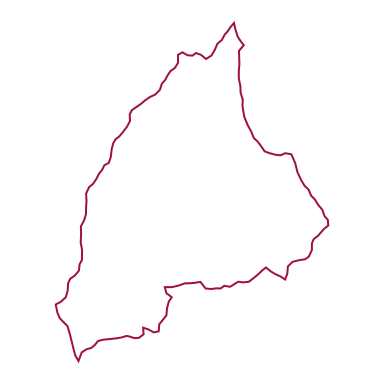 outline of Rio Acima, Minas Gerais, Brazil
{"feature_id": "56859067B29785661724315", "entity_name": "Rio Acima", "entity_type": "district", "adm_level": 2, "iso_a3": "BRA", "parent_name": "Brazil", "parent_adm1": "Minas Gerais", "projection": "equal_earth", "projection_center": [-43.772, -20.098], "detail": "fine", "context": "isolated", "style": "outline", "palette": "rose", "viewbox_px": 384, "rotation_deg": 0, "n_neighbors": 0, "source": "geoboundaries", "source_scale": "gbopen_adm2", "svg_char_len": 2129}
<svg xmlns="http://www.w3.org/2000/svg" viewBox="0 0 384 384"><path d="M234.0,23.0L230.4,27.2L227.8,31.2L224.8,34.4L221.9,39.9L217.4,43.8L214.7,50.0L211.5,55.5L206.0,59.0L201.1,54.9L196.0,53.0L192.5,55.6L187.7,55.3L182.3,52.3L178.0,54.9L178.1,62.6L175.0,67.8L170.3,71.3L167.4,75.7L165.1,80.1L161.9,83.6L159.9,89.8L155.2,94.6L149.9,97.0L145.3,100.2L140.4,104.3L136.3,107.1L131.9,110.1L129.7,114.5L130.0,121.0L127.1,126.5L122.7,132.4L119.2,136.5L115.6,139.2L113.2,143.3L111.7,149.3L110.7,157.3L108.7,163.0L104.4,165.2L102.0,170.1L99.0,173.7L96.1,179.4L92.9,184.0L89.1,187.1L86.1,193.6L86.5,201.4L86.1,206.9L86.0,214.0L84.1,220.4L80.9,226.3L81.1,234.3L80.7,242.5L82.1,250.0L81.9,260.1L79.5,264.5L79.0,270.5L75.0,275.4L70.1,278.9L68.1,283.3L67.7,290.6L65.8,297.2L60.7,301.9L55.7,304.5L57.5,313.0L59.8,318.2L62.8,321.4L67.5,326.1L69.9,334.3L71.9,342.2L73.4,348.4L75.2,355.3L78.5,361.0L81.7,352.4L86.4,349.3L91.2,348.0L94.9,344.9L97.9,341.1L102.4,339.8L108.3,339.2L115.8,338.4L121.9,337.4L126.6,335.9L130.2,336.7L134.1,338.1L138.8,337.9L143.6,334.3L143.1,327.7L148.4,329.4L153.8,332.4L158.7,331.3L159.3,324.2L162.9,319.8L166.4,315.3L167.1,307.8L168.8,301.6L171.7,297.2L166.4,293.2L164.8,287.1L172.1,287.1L178.8,285.5L184.9,283.3L188.7,283.3L193.7,283.0L200.4,281.9L205.6,288.5L211.3,289.0L216.6,288.3L220.5,288.5L224.3,285.8L230.0,286.8L234.8,283.8L238.3,281.7L243.0,282.4L248.9,281.7L253.6,278.1L258.3,274.2L261.9,270.7L265.9,267.5L270.7,271.3L275.1,274.0L280.6,276.5L285.1,279.5L287.3,273.7L287.9,266.4L292.6,261.8L297.3,260.6L301.2,259.8L305.0,259.3L308.7,256.8L311.9,250.0L311.9,243.4L313.7,239.1L318.0,235.8L323.9,229.0L328.3,225.5L327.8,219.8L324.7,216.4L322.2,209.6L318.0,204.7L314.8,199.3L311.2,195.8L308.5,189.5L304.8,186.1L301.1,180.0L297.5,172.3L295.2,163.1L291.4,154.3L285.3,153.2L280.4,155.3L275.7,154.8L269.6,153.2L264.6,151.3L261.1,146.2L257.8,141.7L253.8,138.0L251.3,131.7L247.7,125.1L244.4,117.2L243.1,110.3L242.4,105.1L242.8,99.7L240.6,92.7L240.4,86.1L238.8,78.4L238.8,71.1L239.4,63.8L239.2,57.9L239.0,50.8L243.8,45.2L240.4,40.8L237.7,36.7L235.3,29.0L234.0,23.0Z" fill="none" stroke="#9f1239" stroke-width="2"/></svg>